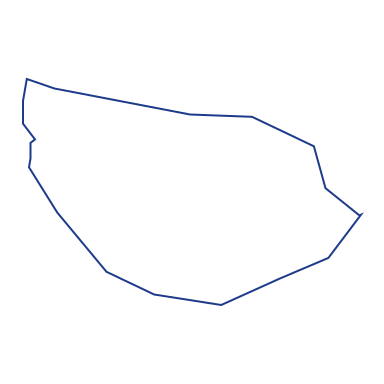 outline of Mount Beaujolais, Dennery, Saint Lucia
{"feature_id": "8701671B96155424695073", "entity_name": "Mount Beaujolais", "entity_type": "district", "adm_level": 2, "iso_a3": "LCA", "parent_name": "Saint Lucia", "parent_adm1": "Dennery", "projection": "natural_earth1", "projection_center": [-60.935, 13.907], "detail": "fine", "context": "isolated", "style": "outline", "palette": "blue", "viewbox_px": 384, "rotation_deg": 0, "n_neighbors": 0, "source": "geoboundaries", "source_scale": "gbopen_adm2", "svg_char_len": 401}
<svg xmlns="http://www.w3.org/2000/svg" viewBox="0 0 384 384"><path d="M26.8,79.0L23.0,101.0L23.0,113.2L23.0,123.7L35.0,139.4L30.5,142.9L30.5,158.5L29.0,167.3L57.3,212.6L106.5,271.8L154.1,294.5L221.2,305.0L279.2,278.8L304.4,268.1L328.4,257.9L361.0,214.7L359.4,215.4L325.5,188.2L313.9,146.3L252.0,116.8L246.2,116.6L190.0,114.5L54.4,88.5L26.8,79.0Z" fill="none" stroke="#1e3a8a" stroke-width="2"/></svg>